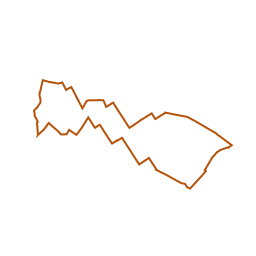 the district of Chiselet, Calarasi, Romania, rotated 331°
{"feature_id": "2599482B88528086640764", "entity_name": "Chiselet", "entity_type": "district", "adm_level": 2, "iso_a3": "ROU", "parent_name": "Romania", "parent_adm1": "Calarasi", "projection": "albers", "projection_center": [26.795, 44.194], "detail": "fine", "context": "isolated", "style": "outline", "palette": "amber", "viewbox_px": 256, "rotation_deg": 331, "n_neighbors": 0, "source": "geoboundaries", "source_scale": "gbopen_adm2", "svg_char_len": 4659}
<svg xmlns="http://www.w3.org/2000/svg" viewBox="0 0 256 256"><g transform="rotate(331 128 128)"><path d="M152.9,211.1L153.2,211.0L160.4,208.6L166.6,206.5L167.9,206.1L168.4,205.9L168.6,205.9L169.7,205.5L175.2,203.4L174.6,202.1L175.0,201.9L175.2,201.7L175.6,201.6L177.1,200.7L182.8,197.3L187.5,194.6L192.3,193.0L192.5,192.9L192.8,192.8L193.8,192.4L198.1,192.0L206.4,193.5L206.4,193.8L210.4,193.3L207.2,186.2L206.7,185.1L204.9,181.2L204.3,179.8L204.2,179.6L204.1,179.4L203.7,178.7L203.2,177.9L203.1,177.6L203.0,177.2L202.9,177.1L202.9,176.9L202.9,176.6L202.8,176.4L202.8,176.2L202.5,175.6L202.2,174.8L200.7,172.4L199.4,170.2L198.7,169.1L198.0,167.9L196.6,165.6L196.2,164.8L195.1,163.0L193.8,160.7L192.5,158.7L191.5,156.9L190.5,155.3L189.0,152.9L187.3,150.3L185.8,147.9L185.5,147.4L184.8,146.7L183.7,145.7L182.5,144.8L180.2,142.9L177.9,140.9L175.7,139.1L173.9,137.6L172.4,136.3L171.3,135.4L170.5,134.6L169.5,133.8L167.8,132.5L167.6,132.8L166.8,132.9L164.9,132.9L164.0,133.0L163.2,133.0L161.4,133.1L160.0,133.2L157.7,133.4L156.2,133.4L155.8,126.7L154.5,126.8L151.4,126.9L149.8,127.0L148.8,127.0L145.9,127.2L144.8,127.2L142.6,127.3L142.3,127.4L140.5,127.6L138.8,127.8L134.8,128.2L129.3,128.6L129.1,126.7L128.9,123.2L128.7,121.0L128.6,119.0L128.4,116.1L128.2,113.4L127.9,108.7L127.6,104.0L127.5,101.9L127.3,99.6L127.3,98.6L127.2,98.6L125.8,98.6L123.6,98.8L120.8,98.9L119.2,99.0L119.9,91.8L119.9,91.7L119.2,91.3L117.2,90.2L116.8,90.0L116.7,89.9L116.3,89.5L116.2,89.4L115.9,89.3L115.1,89.0L114.9,89.0L114.3,88.7L113.1,88.0L111.6,87.2L109.4,86.0L107.8,85.2L107.1,84.8L106.7,84.6L106.3,84.5L106.1,84.4L105.8,84.4L105.6,84.4L105.2,84.4L104.7,84.5L104.4,84.6L103.4,85.2L100.0,87.3L98.0,88.5L97.6,88.7L97.9,80.0L98.0,79.3L97.9,79.1L97.8,78.5L97.9,77.5L97.9,76.8L98.0,75.7L98.0,74.5L98.1,72.6L98.2,68.8L98.2,66.0L98.3,65.0L98.3,64.7L92.6,64.6L92.3,64.7L92.3,63.4L92.5,59.5L92.6,56.4L88.4,55.3L88.2,55.2L88.0,54.8L87.8,54.7L87.6,54.5L87.5,54.4L87.2,54.2L86.4,53.6L85.6,52.8L85.1,52.5L84.8,52.2L84.7,52.1L84.5,51.9L84.4,51.8L84.3,51.7L84.0,51.5L83.3,51.0L82.7,50.5L81.9,49.9L81.4,49.5L81.2,49.4L80.8,49.0L80.1,48.2L79.6,47.7L79.1,47.2L78.4,46.6L78.0,46.2L77.3,45.5L76.7,44.9L75.9,45.7L75.4,46.2L74.9,46.7L74.9,46.8L74.7,47.0L73.6,48.3L72.3,49.7L71.6,50.5L71.3,50.8L71.2,51.1L71.0,51.3L70.8,51.4L70.5,51.7L70.0,52.3L69.7,52.7L69.4,53.0L69.2,53.2L69.0,53.4L68.9,53.5L68.7,53.7L68.5,53.8L68.4,53.9L68.3,54.0L68.1,54.1L68.0,54.3L67.9,54.4L67.6,54.5L67.4,54.8L67.3,55.0L67.2,55.2L66.7,56.2L66.5,56.6L66.4,56.9L66.3,57.3L66.0,58.1L65.6,59.3L65.5,59.7L65.5,60.0L65.4,60.3L65.2,60.7L65.0,61.1L64.5,62.0L64.1,62.9L64.0,63.1L63.9,63.2L63.7,63.3L63.3,63.5L62.9,63.7L61.3,64.5L60.7,64.9L59.9,65.3L59.5,65.5L59.1,65.7L58.5,66.0L58.1,66.1L57.8,66.3L57.6,66.3L57.4,66.3L57.1,66.3L56.7,66.5L56.3,66.6L55.9,66.7L55.6,66.8L55.1,66.9L54.5,67.2L54.2,67.3L54.1,67.5L54.0,68.0L53.9,68.4L53.6,69.3L53.5,69.5L53.2,70.2L52.5,71.8L52.3,72.3L52.2,72.4L52.2,72.5L52.2,73.0L52.2,73.7L52.3,74.3L52.3,75.4L52.3,76.0L52.3,76.3L52.3,76.6L52.3,76.9L52.2,77.5L52.0,78.3L52.0,78.6L51.9,78.9L51.9,79.0L51.7,79.2L51.4,79.2L51.1,79.2L50.9,79.3L50.5,80.2L50.0,81.6L48.7,84.3L48.1,85.6L47.1,87.7L46.5,89.1L45.9,90.2L45.8,90.4L45.7,90.5L54.1,88.4L58.7,86.3L61.0,85.2L61.7,86.9L61.7,87.1L65.6,97.9L66.0,100.0L66.1,100.6L66.3,101.2L71.2,103.7L75.6,101.1L79.4,108.7L79.5,108.9L79.8,108.9L80.0,108.8L80.4,108.6L81.4,108.2L84.3,106.9L86.7,105.8L87.8,105.3L88.4,105.0L89.9,104.2L91.4,103.3L92.6,102.7L94.7,101.5L97.4,100.0L98.4,99.5L98.4,99.9L98.4,100.3L98.4,100.9L98.6,102.6L98.7,104.7L98.9,107.4L99.0,109.5L99.2,111.8L101.8,111.6L103.4,111.5L104.9,111.5L105.0,113.0L105.1,114.2L105.5,120.8L105.7,123.5L106.0,127.7L106.4,132.7L106.4,133.8L106.5,133.9L107.3,133.9L109.0,133.7L110.4,133.6L111.9,133.5L112.3,133.5L112.3,133.9L118.0,133.7L118.1,135.2L118.1,136.1L118.2,136.9L118.3,137.7L118.3,138.5L118.4,139.4L118.4,139.8L118.4,140.1L118.5,140.6L118.5,141.5L118.6,142.6L118.7,143.8L118.8,144.4L118.8,145.0L118.9,146.0L118.9,146.7L119.0,147.3L119.0,148.0L119.1,148.7L119.5,156.5L119.6,157.1L119.6,157.7L119.6,158.1L119.7,158.8L119.7,159.5L119.8,160.3L119.8,161.1L119.9,161.7L119.9,162.2L120.0,163.1L120.1,164.0L120.1,164.8L120.1,165.3L120.5,165.2L122.2,165.1L123.1,165.0L123.6,165.0L125.4,164.9L127.3,164.7L129.4,164.5L131.0,164.4L131.7,164.4L131.8,165.3L131.9,166.7L132.0,167.6L132.1,169.6L132.2,170.9L132.4,172.8L132.6,176.5L132.8,178.3L132.4,178.6L133.0,179.1L133.5,179.8L134.4,181.1L135.0,182.2L136.8,184.7L138.6,187.3L140.6,190.4L142.8,194.0L144.8,197.3L145.6,198.5L147.7,201.9L147.8,202.0L148.9,202.9L150.0,203.8L150.8,204.4L150.8,205.2L151.0,208.4L152.9,211.1Z" fill="none" stroke="#b45309" stroke-width="2"/></g></svg>